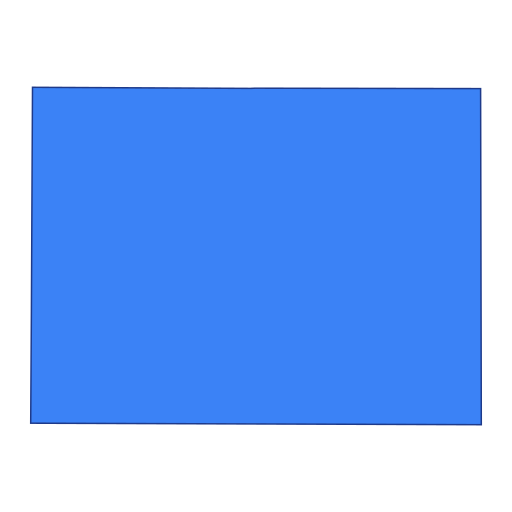 outline of Adams, Iowa, United States of America
{"feature_id": "52423323B85396857356380", "entity_name": "Adams", "entity_type": "district", "adm_level": 2, "iso_a3": "USA", "parent_name": "United States of America", "parent_adm1": "Iowa", "projection": "orthographic", "projection_center": [-94.7, 41.029], "detail": "fine", "context": "isolated", "style": "filled", "palette": "blue", "viewbox_px": 512, "rotation_deg": 0, "n_neighbors": 0, "source": "geoboundaries", "source_scale": "gbopen_adm2", "svg_char_len": 220}
<svg xmlns="http://www.w3.org/2000/svg" viewBox="0 0 512 512"><path d="M480.6,88.6L255.0,88.2L250.7,88.4L32.5,87.3L31.4,311.7L30.7,423.2L481.3,424.7L480.6,88.6Z" fill="#3b82f6" stroke="#1e3a8a" stroke-width="1.5"/></svg>